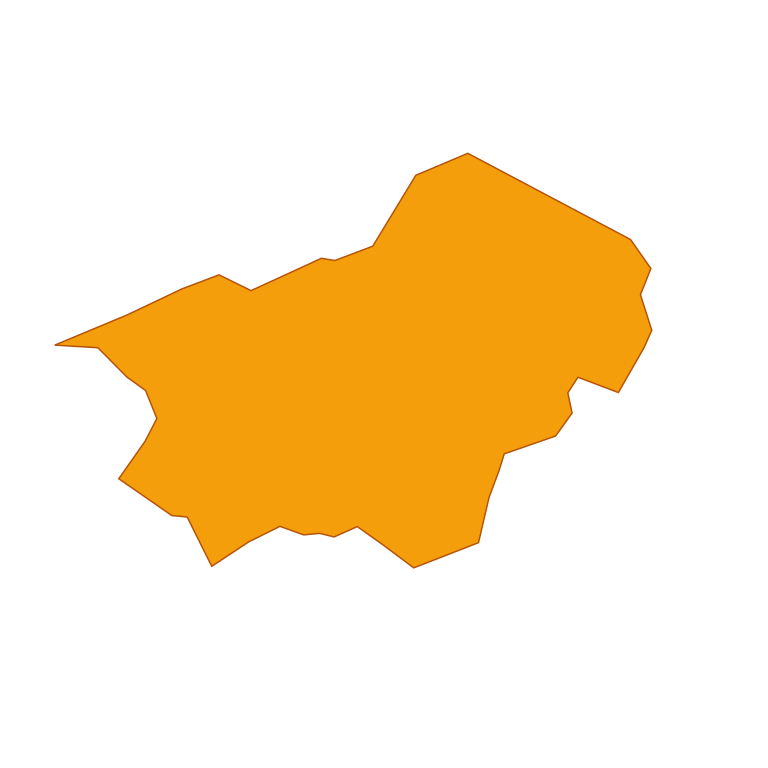 Krujë, Durrës, Albania (Robinson projection), rotated 338°
{"feature_id": "67620474B91291617478666", "entity_name": "Krujë", "entity_type": "district", "adm_level": 2, "iso_a3": "ALB", "parent_name": "Albania", "parent_adm1": "Durrës", "projection": "robinson", "projection_center": [19.708, 41.488], "detail": "fine", "context": "isolated", "style": "filled", "palette": "amber", "viewbox_px": 768, "rotation_deg": 338, "n_neighbors": 0, "source": "geoboundaries", "source_scale": "gbopen_adm2", "svg_char_len": 673}
<svg xmlns="http://www.w3.org/2000/svg" viewBox="0 0 768 768"><g transform="rotate(338 384 384)"><path d="M93.3,224.6L132.3,243.2L148.2,281.2L160.5,300.7L160.5,330.9L140.9,347.7L102.6,372.5L138.0,426.5L151.7,433.6L156.0,488.5L199.4,479.7L234.2,477.0L253.0,493.8L268.2,498.3L280.5,507.1L305.8,506.2L321.7,531.0L342.7,565.6L412.2,566.5L439.0,528.4L458.5,507.1L469.3,493.8L523.6,496.5L547.5,481.4L551.1,461.1L566.3,450.4L598.1,479.7L638.6,447.8L652.4,434.5L655.2,397.3L674.7,376.9L666.7,342.4L548.1,201.5L491.7,202.4L425.2,252.0L384.7,251.1L373.1,244.0L295.7,247.6L271.9,221.0L232.8,220.1L172.1,223.7L93.3,224.6Z" fill="#f59e0b" stroke="#b45309" stroke-width="1.5"/></g></svg>